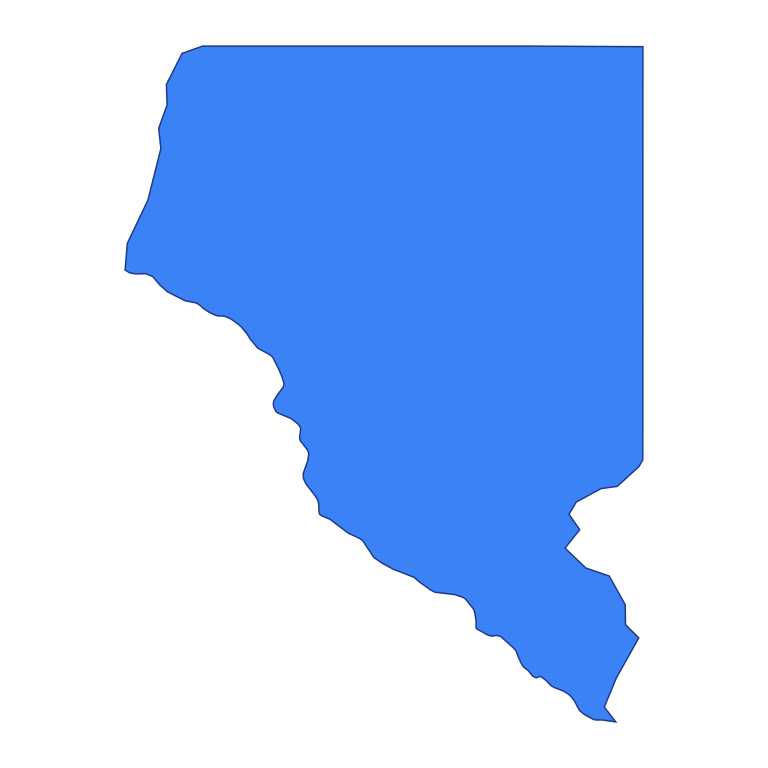 outline of Buffalo, Wisconsin, United States of America
{"feature_id": "52423323B72529674503227", "entity_name": "Buffalo", "entity_type": "district", "adm_level": 2, "iso_a3": "USA", "parent_name": "United States of America", "parent_adm1": "Wisconsin", "projection": "natural_earth1", "projection_center": [-91.809, 44.311], "detail": "fine", "context": "isolated", "style": "filled", "palette": "blue", "viewbox_px": 768, "rotation_deg": 0, "n_neighbors": 0, "source": "geoboundaries", "source_scale": "gbopen_adm2", "svg_char_len": 1721}
<svg xmlns="http://www.w3.org/2000/svg" viewBox="0 0 768 768"><path d="M529.8,46.1L303.3,46.1L202.5,46.1L182.1,53.4L166.4,84.5L167.1,104.9L158.7,128.4L160.9,148.6L147.9,200.2L127.3,243.4L125.1,270.1L129.8,272.9L135.7,273.9L145.6,273.7L150.4,275.4L153.2,277.0L160.0,285.2L167.6,291.9L185.2,300.8L195.2,302.7L197.4,303.6L200.5,305.7L202.1,307.2L203.0,308.2L208.8,312.0L215.1,315.1L218.2,315.9L223.2,316.0L226.6,317.0L231.0,319.0L237.2,323.4L241.0,326.6L247.3,334.2L250.3,339.2L258.0,348.4L270.2,354.9L272.7,357.2L279.2,370.1L281.5,375.5L284.0,383.4L283.9,384.6L283.2,387.1L276.9,395.6L274.1,400.3L273.3,403.0L273.6,406.6L275.8,411.3L277.6,412.9L291.2,418.6L297.8,423.9L300.0,426.8L300.7,428.8L299.6,437.7L300.3,440.8L306.7,448.9L308.0,451.1L308.7,453.9L307.9,460.3L303.2,473.6L303.4,478.4L306.1,484.1L315.0,495.6L317.7,499.9L318.7,503.9L319.0,512.0L319.8,514.5L322.4,516.2L329.9,519.2L335.5,523.5L348.2,533.1L359.7,538.5L362.8,540.8L373.9,557.5L382.5,563.4L393.2,569.2L414.0,577.3L419.5,582.0L430.6,590.0L435.2,592.3L455.0,594.6L463.5,597.6L465.2,598.9L465.8,599.4L473.7,609.3L474.8,612.7L476.1,620.6L476.0,627.4L476.7,628.9L488.1,635.2L491.8,636.1L497.0,635.4L500.9,636.6L514.5,648.9L516.2,651.2L517.9,656.1L521.6,664.1L523.9,667.4L528.4,670.6L532.5,676.0L535.4,677.6L536.7,677.7L539.3,676.5L541.6,677.0L546.0,680.4L551.2,685.8L555.0,687.8L562.9,690.8L567.5,693.5L570.4,695.8L574.0,700.2L579.5,710.5L584.7,714.7L593.6,719.5L596.0,720.0L602.3,720.0L615.7,721.9L604.3,707.1L616.3,678.0L638.8,637.9L625.5,624.7L625.2,604.7L609.3,576.1L585.8,568.0L565.0,548.1L579.7,529.7L569.0,514.3L576.2,502.1L601.0,488.6L617.2,486.4L638.8,466.7L642.8,459.8L642.9,46.7L529.8,46.1Z" fill="#3b82f6" stroke="#1e3a8a" stroke-width="1.5"/></svg>